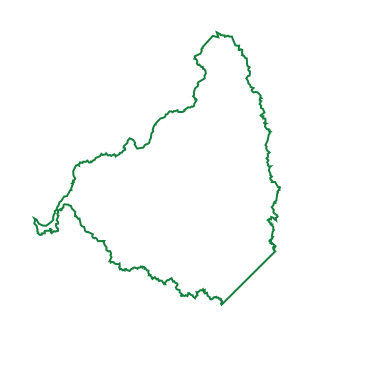 Oriximiná, Pará, Brazil, rotated 225°
{"feature_id": "56859067B55798525493506", "entity_name": "Oriximiná", "entity_type": "district", "adm_level": 2, "iso_a3": "BRA", "parent_name": "Brazil", "parent_adm1": "Pará", "projection": "orthographic", "projection_center": [-56.798, 0.267], "detail": "fine", "context": "isolated", "style": "outline", "palette": "green", "viewbox_px": 384, "rotation_deg": 225, "n_neighbors": 0, "source": "geoboundaries", "source_scale": "gbopen_adm2", "svg_char_len": 6027}
<svg xmlns="http://www.w3.org/2000/svg" viewBox="0 0 384 384"><g transform="rotate(225 192 192)"><path d="M91.2,208.9L92.5,208.7L93.9,210.2L94.4,209.4L95.4,209.9L95.5,211.2L94.3,212.3L94.7,212.8L98.0,212.6L98.8,211.7L99.4,212.4L100.5,211.5L100.8,212.2L102.6,212.0L102.9,212.9L101.8,213.6L102.7,214.7L102.2,215.7L103.1,216.4L103.0,217.6L104.3,217.3L106.8,220.9L107.2,223.0L108.0,222.9L109.8,224.8L111.9,225.0L112.2,225.7L113.3,224.7L113.8,225.7L114.1,225.3L116.0,225.3L116.3,225.9L118.5,225.6L118.2,227.8L116.8,228.5L118.3,230.4L116.2,231.3L114.2,231.1L114.0,231.6L112.6,231.6L114.5,233.0L114.0,235.1L115.2,235.7L118.9,235.0L120.5,235.5L121.5,237.2L124.9,237.7L125.1,240.1L126.1,241.6L125.4,243.3L126.6,243.2L126.3,245.6L130.4,250.8L130.7,252.3L131.7,252.4L132.1,254.4L131.5,255.2L132.7,256.1L132.8,257.3L133.4,257.5L134.6,256.3L140.2,257.8L142.6,255.5L143.0,256.5L145.7,256.5L146.7,257.4L146.4,259.4L148.6,259.3L149.1,260.2L153.0,261.7L154.6,264.6L154.5,265.7L155.6,264.5L157.0,264.5L157.4,265.3L159.8,266.1L160.5,268.5L163.1,268.5L163.1,270.6L165.3,272.3L165.1,274.8L168.2,274.5L170.2,275.1L171.3,276.8L173.2,277.1L175.0,282.1L178.3,286.8L178.3,288.1L179.2,288.9L179.0,290.1L179.9,289.7L180.6,290.4L181.2,289.7L182.0,290.6L183.7,289.4L186.7,289.9L187.8,291.7L188.8,291.7L188.0,293.0L189.9,292.4L189.9,293.9L192.0,295.7L193.6,294.3L195.1,296.0L195.8,294.7L197.7,294.7L197.0,299.5L200.6,300.9L202.8,300.2L204.3,302.0L206.4,302.0L207.3,305.2L208.9,304.6L210.0,306.0L209.2,307.5L210.8,307.5L211.7,308.7L216.1,308.9L218.0,307.5L218.7,306.0L220.7,305.8L222.0,306.3L222.0,309.0L224.9,307.7L226.6,308.8L228.7,308.6L230.9,310.1L233.9,310.7L234.4,313.7L233.6,314.8L234.1,315.9L236.3,318.2L238.0,317.9L239.1,318.8L239.5,320.9L241.1,320.3L242.8,320.8L247.8,325.2L249.1,324.4L251.4,325.0L253.4,324.1L253.7,325.2L254.8,325.6L256.9,328.0L258.4,327.4L258.5,326.2L259.5,325.5L262.2,328.8L263.6,327.2L265.3,326.4L273.7,330.1L275.6,328.2L276.8,328.2L278.6,325.0L279.7,325.7L282.8,323.1L283.7,323.5L287.3,322.4L282.8,320.0L287.7,317.1L286.9,301.6L286.3,301.4L286.3,299.5L284.9,298.7L283.8,296.0L286.0,289.9L284.1,288.6L284.2,288.1L282.5,288.9L280.2,287.8L279.7,286.5L278.9,286.2L277.4,286.2L276.9,287.3L273.8,287.0L272.9,288.1L271.1,286.9L270.5,287.5L268.3,287.3L266.0,285.6L265.3,282.9L263.3,281.3L265.2,274.2L264.6,272.5L263.5,272.3L262.8,270.9L263.1,267.5L261.2,263.9L259.1,262.1L258.9,260.4L256.1,260.4L255.2,259.7L254.6,260.6L253.9,260.4L252.5,255.6L251.4,254.4L251.7,252.8L252.7,252.3L252.9,250.5L254.5,249.3L255.4,244.6L254.7,244.4L254.7,243.6L255.4,241.7L258.3,238.9L260.1,239.6L261.0,237.2L262.1,236.3L262.1,234.7L263.6,234.4L265.0,233.0L264.5,229.6L265.4,228.3L264.4,226.5L264.4,225.1L266.3,221.6L266.2,215.5L265.4,214.0L266.0,213.5L265.0,210.4L263.6,208.1L262.2,207.3L262.2,204.9L259.2,201.1L258.7,198.9L257.3,197.2L257.0,195.7L258.5,192.2L257.9,188.9L261.5,183.9L266.3,185.1L266.7,186.3L269.0,187.1L270.9,187.1L274.1,185.8L273.7,182.7L272.4,181.1L272.6,176.1L271.7,175.0L270.2,175.6L269.1,174.5L269.9,172.4L269.4,170.1L270.7,168.7L270.0,167.4L270.9,164.4L272.2,163.9L271.8,163.4L273.6,163.8L274.7,160.3L276.2,160.2L277.3,158.4L280.0,158.6L279.6,157.7L281.5,154.9L283.0,154.9L282.4,152.3L284.1,148.1L283.5,145.9L284.3,144.2L284.1,143.0L284.9,142.3L284.4,141.6L285.7,140.0L288.2,140.2L288.5,138.1L290.4,136.5L290.0,135.3L292.1,133.7L291.5,132.9L291.8,131.2L290.8,130.7L291.8,130.4L292.8,128.5L290.8,122.8L287.4,119.8L284.0,118.9L283.4,116.4L283.9,116.1L282.9,115.6L283.6,115.0L282.4,113.9L282.7,113.3L281.9,113.5L280.1,109.4L278.8,108.2L279.4,108.0L279.3,106.8L277.5,100.8L279.2,98.2L278.1,93.1L278.5,91.1L276.7,87.9L276.9,86.9L275.7,84.2L274.9,84.0L275.5,81.6L273.8,79.7L273.8,78.5L272.2,75.8L270.6,74.4L270.3,71.9L271.2,65.1L273.6,62.9L277.8,61.3L282.3,62.5L284.8,61.8L283.1,61.3L281.2,58.2L277.5,58.1L276.5,57.0L274.9,56.5L273.6,54.8L272.3,54.7L272.1,53.9L269.0,54.1L268.1,55.5L269.0,56.4L266.9,58.7L268.5,59.8L268.4,60.7L265.2,64.0L266.3,65.4L265.9,66.0L264.6,65.9L263.3,63.8L262.2,63.6L261.9,66.7L260.7,67.3L259.3,69.8L261.0,71.4L262.3,71.0L265.0,72.4L265.5,73.3L264.3,75.0L265.5,76.0L267.9,76.5L269.7,80.9L270.8,80.7L272.0,81.5L271.8,82.8L273.6,83.8L272.9,86.9L271.6,86.5L271.5,87.1L272.4,89.3L272.0,90.0L273.6,91.9L273.5,93.1L270.3,95.7L269.5,95.5L267.7,96.6L265.4,95.4L260.5,95.4L258.4,92.9L257.4,93.1L257.3,92.3L255.8,92.9L253.4,92.5L252.8,93.7L247.3,90.1L245.8,89.9L243.5,91.0L240.2,89.0L238.2,89.1L237.5,90.1L232.3,92.0L231.2,90.2L229.8,89.6L228.1,90.5L228.0,91.3L226.8,91.6L223.7,90.8L219.4,95.3L219.0,94.0L216.1,92.8L213.2,92.4L211.6,90.5L209.2,90.9L208.2,92.2L205.9,91.5L204.8,89.5L202.8,89.0L201.4,84.7L200.8,85.2L199.6,84.6L199.4,85.7L197.7,87.0L196.4,86.6L194.5,87.6L192.8,89.1L192.6,90.1L190.2,88.1L190.3,87.3L188.2,86.4L187.6,87.7L185.7,87.5L185.1,88.6L184.2,88.9L185.0,89.7L184.3,90.9L183.3,90.7L180.3,92.0L180.4,94.9L179.6,96.0L180.0,96.8L179.1,98.2L176.3,99.2L176.4,100.5L175.4,101.7L175.4,103.2L173.7,103.3L174.1,104.3L173.0,105.0L171.5,105.2L171.3,104.2L169.9,105.0L168.4,104.7L167.1,105.6L165.7,103.9L164.2,103.7L163.7,102.7L162.9,103.6L162.8,103.2L160.5,103.4L159.5,102.7L159.2,103.4L158.4,102.9L158.0,105.5L155.3,105.2L154.8,106.5L153.2,105.8L153.2,106.3L152.2,106.1L151.3,107.5L150.2,107.9L146.4,107.1L145.6,107.9L147.0,108.6L147.1,112.3L146.4,112.7L145.5,116.6L142.0,115.2L141.5,116.3L139.8,115.9L137.9,116.8L136.6,116.2L136.0,113.1L134.0,112.4L131.4,113.9L129.8,112.4L126.4,112.6L126.6,111.0L126.1,110.8L124.8,112.7L123.8,113.1L123.6,114.4L121.7,115.1L122.4,116.1L122.0,117.0L123.1,117.9L122.3,118.6L120.0,118.5L118.4,119.4L117.6,118.8L114.7,119.0L115.4,121.0L115.0,122.7L116.5,123.5L116.2,123.8L117.1,124.6L117.8,124.6L116.8,126.0L116.7,128.4L115.6,129.3L115.5,130.9L114.5,130.3L113.9,131.5L113.6,130.8L112.9,130.9L112.8,129.7L111.3,129.3L110.1,131.3L107.4,129.6L105.3,130.2L103.4,129.1L102.4,129.6L101.8,131.7L102.2,132.8L100.7,135.0L100.0,134.5L98.8,135.9L97.5,135.6L97.0,136.5L95.7,136.8L95.4,135.8L93.7,136.1L92.5,133.6L91.4,133.2L91.2,208.9Z" fill="none" stroke="#15803d" stroke-width="2"/></g></svg>